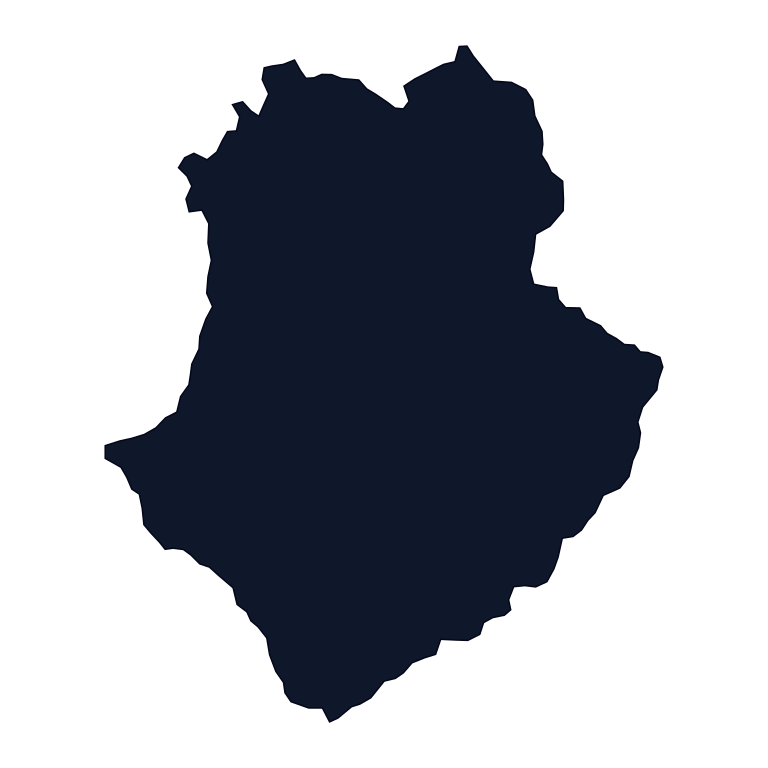 the district of Porangaba, São Paulo, Brazil
{"feature_id": "56859067B5934992032080", "entity_name": "Porangaba", "entity_type": "district", "adm_level": 2, "iso_a3": "BRA", "parent_name": "Brazil", "parent_adm1": "São Paulo", "projection": "equal_earth", "projection_center": [-48.121, -23.176], "detail": "fine", "context": "isolated", "style": "filled", "palette": "ink", "viewbox_px": 768, "rotation_deg": 0, "n_neighbors": 0, "source": "geoboundaries", "source_scale": "gbopen_adm2", "svg_char_len": 2168}
<svg xmlns="http://www.w3.org/2000/svg" viewBox="0 0 768 768"><path d="M105.2,458.4L121.0,467.3L126.8,477.3L131.8,489.1L139.3,494.1L142.2,508.2L143.9,524.7L150.7,532.8L159.4,542.1L165.1,549.3L173.1,548.2L183.4,549.5L190.9,555.0L199.8,563.9L209.4,567.1L218.1,575.0L233.1,587.8L237.1,604.5L246.9,611.9L250.9,620.8L258.1,626.9L266.8,638.0L269.6,654.8L275.9,671.5L283.5,682.4L285.0,692.8L291.0,701.7L308.8,708.0L322.4,708.0L329.6,721.9L338.0,718.0L351.6,706.7L359.9,704.1L370.8,697.8L384.2,681.1L395.3,678.4L403.4,672.8L412.0,662.8L424.5,657.8L435.6,654.3L440.7,639.3L455.8,640.0L467.8,640.4L479.8,634.3L483.6,622.6L492.7,617.6L504.4,615.2L510.7,609.8L508.6,599.8L513.7,586.7L524.8,585.6L535.7,586.9L546.9,581.7L553.9,568.9L558.1,557.1L562.3,538.2L573.0,536.5L581.5,530.0L587.8,520.4L595.1,512.6L603.2,495.4L619.8,488.0L629.0,476.5L632.7,460.6L638.4,447.8L640.5,432.8L637.8,422.1L642.6,407.1L656.8,389.9L658.4,379.9L662.8,367.1L659.9,357.3L648.0,352.5L640.2,351.9L634.4,345.1L624.3,344.5L616.4,338.6L607.0,333.4L600.6,325.8L585.6,318.4L579.9,308.0L565.6,307.7L558.5,299.5L556.5,287.7L547.8,287.1L533.7,284.2L529.8,269.2L533.7,251.8L535.6,234.2L549.9,226.2L563.2,210.7L563.5,200.1L562.7,181.2L551.2,172.2L547.3,163.8L541.5,154.8L542.8,144.2L542.0,131.3L534.8,115.9L532.7,100.2L525.7,89.6L511.5,82.4L493.3,81.1L482.7,67.8L473.3,56.1L467.0,46.1L459.2,46.5L455.0,61.7L443.6,64.4L435.8,68.3L426.1,73.3L414.9,78.9L404.0,86.1L409.1,101.3L403.4,108.9L394.9,108.1L387.5,102.4L375.5,94.2L366.7,88.9L358.8,80.0L341.6,78.5L331.7,74.6L321.8,74.4L314.1,77.8L305.9,78.3L300.5,70.7L294.5,60.0L283.3,64.4L271.6,66.1L264.2,67.8L262.2,79.6L268.7,93.9L263.7,105.0L258.8,116.3L250.9,110.9L242.6,101.8L232.5,104.6L239.7,116.8L236.4,130.9L227.5,131.6L222.5,140.3L216.8,152.0L207.1,159.8L193.9,153.3L184.7,157.7L178.5,167.7L187.1,176.2L191.8,186.2L186.0,199.0L189.2,211.8L201.9,210.1L208.8,223.6L208.0,243.1L211.4,260.3L208.0,276.6L206.7,293.2L212.6,306.6L205.9,319.0L199.8,336.2L199.0,349.1L191.8,364.1L190.5,374.3L188.9,384.9L180.6,396.5L176.8,412.1L165.6,417.8L156.0,427.8L144.3,434.5L131.5,438.4L119.7,441.0L105.2,445.6L105.2,458.4Z" fill="#0f172a" stroke="#020617" stroke-width="1.5"/></svg>